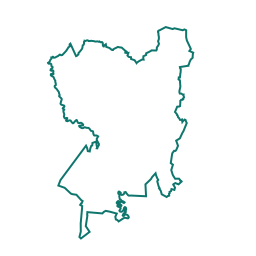 Madlienas pag., Ogre, Latvia, rotated 76°
{"feature_id": "27541924B46168997034550", "entity_name": "Madlienas pag.", "entity_type": "district", "adm_level": 2, "iso_a3": "LVA", "parent_name": "Latvia", "parent_adm1": "Ogre", "projection": "mercator", "projection_center": [25.197, 56.816], "detail": "fine", "context": "isolated", "style": "outline", "palette": "teal", "viewbox_px": 256, "rotation_deg": 76, "n_neighbors": 0, "source": "geoboundaries", "source_scale": "gbopen_adm2", "svg_char_len": 5819}
<svg xmlns="http://www.w3.org/2000/svg" viewBox="0 0 256 256"><g transform="rotate(76 128 128)"><path d="M137.4,69.8L135.2,70.2L134.2,70.2L133.8,70.7L133.9,70.9L133.6,71.1L133.7,71.3L134.2,72.4L135.3,73.8L132.8,73.6L133.0,74.5L132.7,75.6L131.1,75.9L129.6,76.8L128.2,76.8L127.5,77.2L127.3,77.0L126.7,77.1L123.8,78.5L119.2,75.1L119.3,74.2L119.6,73.4L119.4,72.2L115.1,70.8L114.4,70.8L113.5,69.6L113.8,68.3L113.5,67.5L112.7,67.6L112.0,66.3L110.8,66.2L109.7,66.3L109.0,66.0L108.8,66.9L107.6,67.8L107.1,69.4L106.1,69.5L104.6,69.2L100.6,67.2L94.3,66.1L93.1,67.2L91.2,66.5L91.5,65.4L89.0,64.4L88.3,64.3L87.0,63.6L83.6,62.5L82.9,63.0L81.4,62.9L82.2,54.4L81.7,54.4L80.8,53.4L78.9,52.3L77.4,51.1L76.4,50.0L75.7,48.5L75.1,48.1L74.7,48.1L71.7,47.1L70.7,46.5L68.1,49.8L66.5,47.9L57.3,49.7L53.9,49.6L47.2,47.9L46.0,49.5L46.4,51.2L42.5,58.8L42.8,60.7L39.2,67.0L41.0,74.4L40.9,74.8L41.5,75.5L42.2,75.7L43.1,75.5L45.0,75.9L47.0,76.0L48.3,76.3L49.5,76.7L51.0,77.8L53.8,77.6L55.4,78.8L56.1,79.7L56.4,80.1L57.0,80.6L58.9,81.1L59.6,81.8L58.4,86.5L58.7,87.0L59.3,89.4L59.9,92.3L61.5,92.7L62.1,95.7L63.9,96.3L65.4,96.3L65.0,98.0L66.0,101.7L66.8,103.7L67.1,104.0L63.8,105.2L61.8,108.3L60.0,108.0L59.7,109.1L59.1,110.1L57.6,111.0L55.2,109.5L55.1,110.5L54.4,112.4L53.8,112.3L53.3,111.1L52.5,111.9L48.4,114.7L47.8,116.5L46.9,118.2L48.0,123.1L48.7,123.7L48.6,124.2L48.1,125.0L45.9,126.6L44.0,129.5L41.4,129.3L42.1,131.0L43.0,131.8L42.8,132.1L42.0,132.4L40.1,132.1L39.6,131.9L38.3,132.5L38.1,134.0L37.1,134.8L37.3,135.4L36.6,136.6L36.2,138.9L35.7,139.6L34.6,142.3L34.2,145.0L33.7,145.5L33.3,145.8L33.0,146.6L33.3,148.4L32.9,149.0L33.2,149.1L33.7,149.8L35.5,150.3L36.4,150.8L36.9,152.0L38.8,152.7L40.0,153.4L41.9,155.8L43.4,158.0L44.6,158.3L45.6,160.2L45.7,161.0L32.2,163.5L32.7,164.4L34.8,164.9L35.3,166.3L37.0,168.0L38.4,169.6L41.3,174.1L41.2,175.3L40.5,176.0L40.3,176.5L41.2,178.4L42.0,181.9L41.9,182.9L40.8,183.5L40.7,183.9L41.2,184.4L41.1,185.2L41.4,185.1L42.1,185.4L43.0,186.8L44.4,187.8L45.1,188.7L45.4,189.8L45.9,189.8L46.4,189.4L46.8,187.5L47.5,187.0L49.4,187.3L50.7,186.4L51.5,186.8L51.8,187.3L52.0,188.3L53.0,189.1L53.3,189.2L53.8,188.6L54.0,188.2L53.9,187.2L54.2,186.7L54.9,186.6L56.1,187.2L57.5,187.2L57.7,187.4L57.7,187.8L57.6,188.2L57.0,189.0L57.0,189.6L57.6,190.0L58.1,190.1L59.0,189.6L60.2,188.2L60.6,187.9L63.0,187.6L64.4,187.1L65.6,187.4L66.9,187.3L68.8,187.6L69.3,188.7L69.6,189.0L70.2,189.2L71.0,189.0L71.8,188.6L72.4,188.0L76.5,186.4L78.0,186.5L79.5,186.3L80.3,187.1L80.6,187.1L83.5,185.3L84.5,185.5L86.1,186.6L88.1,187.6L89.0,187.3L89.3,187.0L90.7,184.7L91.4,184.4L92.2,184.9L92.7,186.1L93.3,186.6L93.9,186.3L94.6,185.4L94.9,185.5L95.5,186.5L96.7,186.7L99.4,186.5L101.3,187.4L102.9,187.2L103.5,186.7L103.5,185.9L103.4,185.3L103.5,184.8L103.7,184.6L104.5,184.9L105.2,185.8L105.9,186.3L106.3,186.0L106.8,185.1L106.4,183.3L106.6,182.4L106.9,181.9L109.0,181.1L110.1,180.3L110.1,179.9L110.0,179.6L108.7,177.9L107.8,176.2L108.2,175.7L109.6,175.6L111.2,175.0L111.5,173.8L111.4,173.3L111.6,172.3L112.7,171.2L113.6,170.8L114.0,170.7L114.5,171.0L114.5,171.6L114.1,173.6L114.1,174.5L114.2,174.9L114.6,174.9L115.3,174.6L116.9,172.9L117.1,172.4L117.2,171.6L116.8,169.8L117.4,168.8L117.9,168.0L118.2,166.6L118.5,166.2L119.3,165.6L121.6,164.7L121.9,164.4L122.6,163.0L122.9,162.8L125.9,163.0L126.9,162.7L127.2,162.3L127.5,160.8L127.9,160.0L128.9,159.0L131.0,161.0L132.5,161.1L136.5,160.1L137.5,160.4L139.4,162.2L140.3,162.7L140.1,163.2L139.2,162.5L137.6,162.7L133.4,162.2L133.6,163.3L133.9,166.1L136.3,166.9L136.5,168.0L138.7,169.5L141.5,170.8L140.7,172.6L137.6,172.5L135.0,173.0L162.1,206.0L162.7,206.5L167.0,209.5L170.7,203.9L177.7,199.4L178.6,198.3L180.3,194.2L186.7,190.8L187.9,189.7L189.9,191.2L189.8,191.7L191.0,193.0L192.7,191.3L193.0,191.4L209.2,197.0L217.2,198.9L222.0,201.5L223.8,200.4L219.5,190.4L213.0,192.7L202.9,188.5L202.5,188.7L199.8,187.8L204.7,173.5L203.6,171.9L203.0,169.7L204.7,166.1L208.3,159.6L211.1,161.8L213.8,161.9L214.8,160.5L216.4,159.7L215.0,155.7L214.9,155.6L214.2,153.0L215.6,150.1L215.6,149.6L215.3,149.2L214.7,148.8L213.5,149.0L212.3,149.6L211.7,150.3L211.5,150.7L211.3,151.4L211.4,152.2L212.1,153.3L212.2,153.8L212.0,154.1L211.5,154.3L209.9,152.9L209.7,152.4L209.5,151.1L208.9,150.4L208.1,150.3L207.7,150.7L207.8,151.3L206.8,151.6L206.4,151.5L206.2,151.2L206.3,150.6L206.9,149.7L206.7,149.5L205.9,149.3L204.7,149.4L204.0,150.1L204.2,150.6L204.4,151.0L206.5,152.3L207.2,153.0L207.7,154.5L207.5,155.3L206.9,156.2L206.0,156.3L204.5,154.7L203.9,154.5L203.4,154.8L202.8,155.4L201.6,157.0L201.2,157.2L200.9,157.1L200.0,156.4L200.0,156.0L201.0,154.3L201.8,153.7L202.0,153.4L201.7,153.1L201.2,153.1L200.5,153.8L199.4,154.3L198.8,154.9L198.4,155.7L198.5,156.8L198.4,157.0L197.9,157.1L197.4,156.8L196.6,155.6L196.5,155.2L196.6,154.9L197.8,153.5L198.0,153.0L198.1,152.0L198.3,151.7L198.7,151.1L199.3,150.8L199.8,150.1L199.4,149.3L199.1,149.4L197.9,150.6L197.1,151.8L195.8,152.3L195.1,153.2L192.1,153.0L190.8,152.3L190.4,152.4L189.5,153.2L188.8,153.2L187.9,152.9L187.5,152.3L187.6,151.9L188.5,151.1L189.4,150.7L190.1,151.3L190.5,151.3L191.4,150.4L191.5,149.1L191.3,148.4L190.7,147.6L189.5,147.0L189.7,146.5L189.5,146.0L189.8,145.6L190.7,145.4L193.2,144.2L193.8,143.6L194.3,141.3L198.6,127.0L186.9,124.7L183.2,118.2L181.4,116.4L178.6,112.2L181.1,112.2L184.2,111.7L185.7,111.2L186.7,112.5L192.0,112.4L194.0,111.9L194.2,112.4L196.8,111.4L200.5,111.3L204.3,107.2L203.6,105.8L203.7,104.7L203.6,104.4L201.7,104.1L201.3,103.3L200.1,103.2L199.7,101.6L197.8,100.6L199.3,98.0L197.2,96.8L193.8,97.8L193.5,97.5L192.9,95.4L194.9,92.6L192.9,88.9L192.5,89.0L191.7,90.0L191.5,89.8L189.5,90.8L189.0,92.8L188.7,94.5L185.8,95.5L184.3,95.9L179.3,96.2L174.5,93.3L172.4,95.0L163.3,91.2L161.3,88.8L161.7,87.5L161.0,86.5L157.4,83.8L151.9,84.3L150.6,80.2L146.0,76.5L144.5,75.0L137.4,69.8Z" fill="none" stroke="#0f766e" stroke-width="2"/></g></svg>